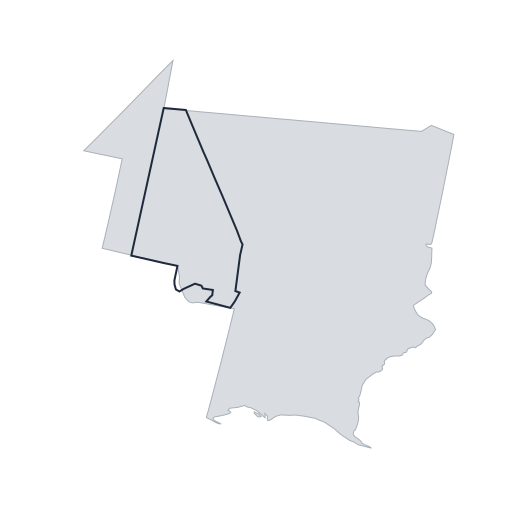 Zoueratt, Tiris Zemmour, Mauritania (highlighted), rotated 283°
{"feature_id": "47542326B94085620874331", "entity_name": "Zoueratt", "entity_type": "district", "adm_level": 2, "iso_a3": "MRT", "parent_name": "Mauritania", "parent_adm1": "Tiris Zemmour", "projection": "orthographic", "projection_center": [-11.264, 23.151], "detail": "fine", "context": "in_parent", "style": "outline", "palette": "slate", "viewbox_px": 512, "rotation_deg": 283, "n_neighbors": 0, "source": "geoboundaries", "source_scale": "gbopen_adm2", "svg_char_len": 3802}
<svg xmlns="http://www.w3.org/2000/svg" viewBox="0 0 512 512"><g transform="rotate(283 256 256)"><path d="M219.6,445.6L218.9,445.3L215.8,443.1L214.3,440.5L211.8,438.6L208.4,437.2L206.2,435.7L205.2,434.0L203.9,432.9L202.6,432.3L202.5,431.7L202.8,430.9L202.5,429.3L200.5,425.9L198.6,424.3L197.0,424.5L196.1,424.1L195.6,423.3L195.4,422.2L194.3,421.3L192.4,420.8L190.9,418.3L189.8,413.6L188.4,410.0L186.6,407.3L185.3,406.3L184.3,406.1L184.0,405.7L183.7,405.0L182.3,404.7L180.3,405.4L178.5,405.1L177.7,403.9L176.4,403.7L174.9,404.7L173.1,404.4L171.3,402.7L170.3,401.0L170.1,399.4L166.9,396.1L160.7,391.0L153.9,388.6L146.5,388.7L142.3,388.4L141.4,387.6L140.5,387.6L139.6,388.5L138.6,388.7L137.6,388.2L136.9,388.5L136.7,389.8L134.0,390.3L129.1,390.2L125.1,390.9L122.0,392.3L117.7,392.8L112.1,392.4L108.7,391.8L107.6,390.8L106.0,390.6L103.9,391.0L102.0,393.3L100.3,397.7L98.9,400.1L97.8,400.7L96.6,403.9L95.8,409.3L94.7,411.7L95.1,398.1L96.8,393.1L97.4,388.6L101.1,378.9L105.4,370.9L109.4,360.3L111.1,349.9L110.8,339.7L110.0,330.6L108.3,324.5L106.7,315.8L104.1,311.1L99.4,306.9L98.3,304.5L99.5,303.7L102.5,303.2L104.5,300.1L100.4,301.2L105.4,291.8L107.0,285.3L106.9,281.0L107.8,278.4L104.5,272.5L102.0,265.2L100.6,264.0L99.2,263.4L99.0,265.1L98.1,266.6L96.5,265.6L93.6,260.2L89.7,251.5L88.3,250.6L87.0,251.7L86.2,252.8L84.5,259.9L84.2,257.0L84.9,253.7L86.1,249.6L87.5,244.0L91.1,244.1L97.6,244.4L110.6,244.8L117.1,245.0L130.2,245.4L136.7,245.6L149.7,245.9L156.3,246.0L169.3,246.3L175.8,246.4L188.9,246.6L195.4,246.7L199.7,246.7L199.5,242.6L199.3,239.4L199.1,235.1L198.9,230.8L198.7,226.5L198.5,222.4L198.3,218.4L198.1,214.6L197.9,211.1L197.6,209.2L196.2,205.2L196.0,203.3L196.4,201.2L197.3,199.3L199.9,195.8L203.7,193.1L208.1,190.0L211.5,187.6L213.2,187.0L218.5,186.2L222.6,184.4L226.6,182.7L228.3,181.7L228.5,178.4L228.9,104.4L248.4,104.5L253.5,104.5L289.4,104.3L294.5,104.2L320.6,103.8L320.5,100.4L320.4,95.4L320.3,88.5L320.1,81.6L319.9,69.5L319.8,64.5L324.9,67.7L335.3,74.3L340.5,77.5L351.0,84.0L361.4,90.5L372.0,97.0L377.2,100.2L382.5,103.4L387.8,106.6L393.1,109.8L403.7,116.2L408.1,118.8L415.0,123.1L421.4,127.1L427.8,131.1L418.2,131.5L405.3,132.0L396.5,132.4L387.4,132.7L378.9,133.0L379.9,139.9L381.0,147.5L382.0,155.1L383.1,162.6L384.1,170.2L387.3,192.9L388.3,200.5L389.4,208.1L390.4,215.7L391.5,223.2L393.6,238.4L394.6,246.0L395.7,253.5L396.8,261.1L397.8,268.7L398.9,276.2L401.0,291.3L402.0,298.9L403.1,306.4L404.1,314.0L405.2,321.6L406.2,329.1L407.3,336.6L408.3,344.2L410.4,359.3L411.5,366.8L412.5,374.3L413.6,381.8L414.6,389.1L418.1,392.8L422.7,397.5L421.6,404.4L420.3,412.6L418.9,421.5L406.7,422.0L394.7,422.4L364.7,423.3L358.7,423.5L328.7,424.1L322.7,424.3L311.1,424.4L307.7,424.3L306.5,423.6L306.0,419.0L304.9,419.3L303.7,420.7L303.1,422.2L303.4,424.1L303.2,425.7L299.3,426.4L294.1,427.5L288.6,428.4L283.1,428.2L281.2,427.8L279.2,427.2L274.8,426.6L272.4,426.5L269.6,426.7L266.4,427.1L265.3,427.9L262.9,431.4L260.5,435.3L259.0,435.3L257.2,433.1L252.4,429.0L246.6,423.6L244.0,421.0L242.6,420.6L239.8,422.5L237.5,424.4L235.0,427.0L233.9,429.5L233.0,432.5L232.6,436.0L231.6,440.0L229.6,443.3L227.2,445.8L225.4,446.9L224.8,447.5L219.6,445.6ZM102.7,294.2L100.8,297.1L100.0,295.9L99.7,293.9L101.4,291.2L102.3,289.8L103.7,289.3L102.7,294.2Z" fill="#d9dde1" stroke="#a8b0b8" stroke-width="1"/><path d="M216.7,248.3L217.2,243.8L253.4,240.3L264.2,240.3L267.1,237.9L276.5,231.7L286.9,224.2L307.3,209.5L311.6,206.3L323.0,197.9L338.9,186.4L345.5,181.4L369.5,164.1L382.5,154.8L379.4,132.8L228.3,134.4L228.4,167.9L228.7,181.7L224.3,181.8L217.4,181.9L213.7,182.0L209.9,183.0L205.4,185.5L204.2,189.4L207.6,192.8L214.3,201.5L215.3,202.8L215.0,206.9L214.8,209.5L212.4,211.5L213.2,221.6L207.9,222.2L205.9,220.7L200.5,217.8L199.7,242.6L207.1,245.6L216.7,248.3Z" fill="none" stroke="#1e293b" stroke-width="2"/></g></svg>